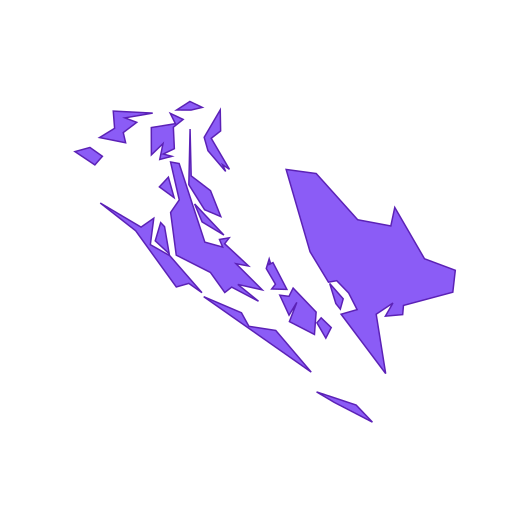 Van Don, Quảng Ninh, Vietnam, rotated 103°
{"feature_id": "81297802B23156291808671", "entity_name": "Van Don", "entity_type": "district", "adm_level": 2, "iso_a3": "VNM", "parent_name": "Vietnam", "parent_adm1": "Quảng Ninh", "projection": "albers", "projection_center": [107.384, 20.984], "detail": "medium", "context": "isolated", "style": "filled", "palette": "violet", "viewbox_px": 512, "rotation_deg": 103, "n_neighbors": 0, "source": "geoboundaries", "source_scale": "gbopen_adm2", "svg_char_len": 1972}
<svg xmlns="http://www.w3.org/2000/svg" viewBox="0 0 512 512"><g transform="rotate(103 256 256)"><path d="M164.9,246.1L239.7,204.3L265.2,179.5L261.9,171.8L271.2,157.4L285.5,145.4L293.6,160.0L341.4,103.2L285.7,125.8L271.0,112.0L285.5,116.4L280.1,99.9L271.0,101.2L247.0,56.1L225.1,58.6L220.8,91.2L177.5,131.7L196.4,131.4L197.8,165.1L162.1,215.9L164.9,246.1ZM299.5,243.4L287.8,267.3L287.6,242.3L268.0,273.8L267.4,261.0L251.1,289.3L244.3,286.2L248.1,295.3L254.8,290.5L254.0,309.0L183.2,351.7L183.6,360.4L218.6,343.4L232.8,349.0L273.1,333.9L282.3,296.7L298.6,278.2L291.8,272.7L299.5,243.4ZM307.4,297.8L356.7,176.1L324.1,220.0L326.1,247.1L314.6,257.4L307.4,297.8ZM303.9,300.4L275.1,340.1L268.7,361.5L242.2,364.1L253.7,374.5L239.4,419.7L258.5,378.9L304.1,326.7L297.8,315.3L303.9,300.4ZM319.3,181.4L297.1,184.8L278.9,212.6L287.9,214.8L288.8,224.0L306.2,210.5L292.0,205.8L312.4,208.7L319.3,181.4ZM139.3,357.7L136.3,371.6L145.2,364.3L154.4,386.9L181.0,380.7L167.4,371.9L183.6,371.5L177.8,360.5L177.5,369.3L169.8,359.7L149.1,365.5L139.3,357.7ZM225.5,299.2L202.6,315.0L192.5,337.2L147.1,348.8L201.6,337.5L222.5,316.5L225.5,299.2ZM150.9,414.8L140.0,388.8L146.9,427.7L163.4,422.5L175.8,435.1L175.0,408.5L165.6,413.1L152.6,402.3L150.9,414.8ZM174.6,309.0L177.5,301.4L151.4,326.1L142.1,318.6L121.7,323.7L152.0,333.2L164.2,326.5L180.4,304.6L174.6,309.0ZM374.8,166.4L381.0,146.9L391.7,105.2L378.7,124.9L374.8,166.4ZM193.4,428.1L187.6,442.2L195.0,455.9L203.5,433.5L193.4,428.1ZM234.9,316.2L242.8,292.0L219.1,327.5L234.9,316.2ZM210.4,365.7L217.6,348.9L198.9,359.1L210.4,365.7ZM281.6,218.4L258.6,238.0L262.0,242.1L259.2,240.6L255.9,242.5L265.9,243.2L279.1,230.7L284.6,233.3L281.6,218.4ZM273.3,341.1L248.0,351.7L244.9,356.4L263.9,357.6L273.3,341.1ZM320.3,169.5L308.8,166.6L301.6,178.6L307.4,181.6L320.3,169.5ZM288.8,161.9L278.1,161.4L266.2,178.0L284.4,167.5L288.8,161.9ZM123.3,341.8L120.3,355.2L131.6,366.2L128.4,352.1L123.3,341.8Z" fill="#8b5cf6" stroke="#5b21b6" stroke-width="1.5"/></g></svg>